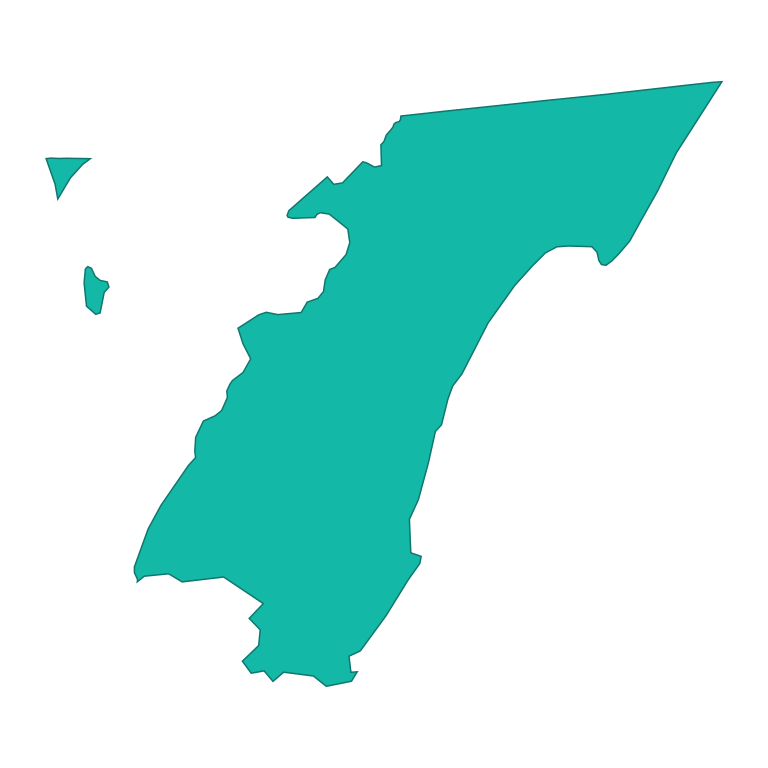 Accomack, Virginia, United States of America
{"feature_id": "52423323B3829311906310", "entity_name": "Accomack", "entity_type": "district", "adm_level": 2, "iso_a3": "USA", "parent_name": "United States of America", "parent_adm1": "Virginia", "projection": "natural_earth1", "projection_center": [-75.727, 37.738], "detail": "fine", "context": "isolated", "style": "filled", "palette": "teal", "viewbox_px": 768, "rotation_deg": 0, "n_neighbors": 0, "source": "geoboundaries", "source_scale": "gbopen_adm2", "svg_char_len": 1893}
<svg xmlns="http://www.w3.org/2000/svg" viewBox="0 0 768 768"><path d="M362.8,161.8L342.5,182.9L333.8,184.3L327.3,176.9L288.9,210.6L287.1,215.4L288.0,217.2L292.8,218.3L315.0,217.5L316.8,214.5L320.2,212.7L329.3,214.1L347.8,229.0L349.8,242.6L346.0,254.7L335.0,267.4L329.7,269.5L325.2,279.9L323.5,291.5L317.9,298.4L307.2,302.1L301.2,312.5L278.0,314.6L266.3,312.3L258.8,314.8L238.0,328.2L243.1,344.0L250.7,358.8L243.1,372.4L232.4,380.6L229.8,384.4L226.8,391.0L227.4,397.5L221.6,410.6L214.9,415.9L203.4,421.0L195.7,437.2L194.8,451.1L195.6,457.5L188.4,465.5L161.0,505.3L148.2,528.8L134.4,566.9L134.4,572.6L137.6,579.6L137.3,581.8L144.3,576.2L168.7,573.8L182.1,581.9L223.6,577.0L263.3,603.6L249.2,618.4L260.2,629.8L258.7,645.5L242.4,661.2L251.2,673.2L264.1,670.9L273.0,681.4L283.6,672.2L313.4,676.0L326.3,686.3L351.5,681.2L357.2,671.8L350.9,672.3L349.0,656.2L360.3,650.9L385.9,615.9L408.3,579.7L419.8,563.5L421.2,556.4L410.8,552.8L410.4,543.7L409.4,519.3L418.4,499.6L428.4,462.8L435.4,431.4L441.5,424.8L447.9,399.1L452.7,386.0L462.0,373.8L488.1,322.9L514.7,285.5L532.6,265.7L545.4,252.9L556.9,246.8L568.4,246.0L591.9,246.7L597.0,252.2L598.9,260.6L601.4,264.5L606.0,265.3L612.2,260.6L619.3,253.3L629.7,241.1L641.3,220.0L657.5,191.2L676.3,152.9L721.9,81.7L711.9,82.4L706.6,83.0L687.6,85.1L610.4,93.8L608.2,94.1L548.6,100.2L452.3,110.4L401.0,116.0L400.9,116.1L400.4,119.8L399.1,121.6L395.5,122.7L394.1,123.9L392.9,127.2L390.0,130.8L389.3,131.6L386.3,135.1L383.9,141.6L380.9,144.8L381.5,165.5L374.7,167.1L366.6,162.9L362.8,161.8ZM46.1,158.6L55.1,184.3L57.8,199.0L70.4,177.9L82.6,164.4L90.3,158.7L80.2,158.5L67.6,158.3L66.9,158.3L66.4,158.3L60.4,158.4L59.9,158.5L50.4,158.1L50.1,158.2L46.1,158.6ZM85.4,269.0L84.1,282.9L86.5,306.2L95.7,314.3L100.1,312.9L104.2,292.4L108.9,287.1L107.3,281.9L100.1,280.4L95.2,276.4L91.4,268.3L87.7,266.6L85.4,269.0Z" fill="#14b8a6" stroke="#0f766e" stroke-width="1.5"/></svg>